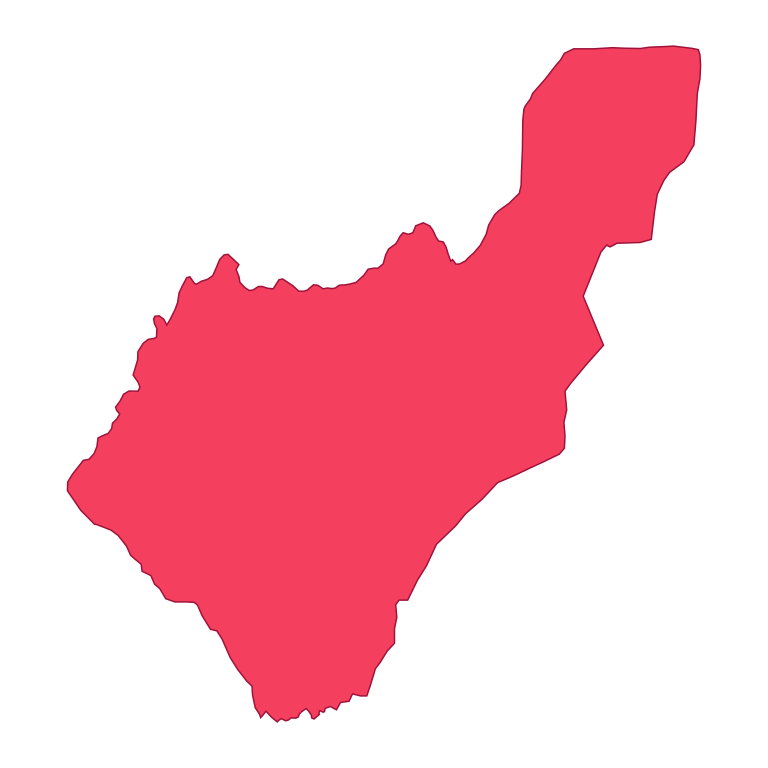 the district of Pynes Town, Sinoe, Liberia
{"feature_id": "62588387B44747363578735", "entity_name": "Pynes Town", "entity_type": "district", "adm_level": 2, "iso_a3": "LBR", "parent_name": "Liberia", "parent_adm1": "Sinoe", "projection": "natural_earth1", "projection_center": [-8.563, 5.57], "detail": "fine", "context": "isolated", "style": "filled", "palette": "rose", "viewbox_px": 768, "rotation_deg": 0, "n_neighbors": 0, "source": "geoboundaries", "source_scale": "gbopen_adm2", "svg_char_len": 3394}
<svg xmlns="http://www.w3.org/2000/svg" viewBox="0 0 768 768"><path d="M698.3,49.6L696.5,49.3L692.3,48.4L673.6,46.1L663.9,46.6L649.5,47.2L640.4,48.5L624.0,48.2L612.3,47.7L593.8,48.8L573.7,48.8L570.0,50.6L564.4,53.3L560.6,59.9L558.8,62.0L556.7,64.3L544.9,79.5L532.7,93.3L530.5,98.8L525.0,106.4L523.9,109.3L522.9,119.3L522.8,120.8L522.4,150.2L521.6,169.7L521.5,170.6L521.1,185.4L519.3,193.3L509.2,203.2L498.9,210.6L494.8,214.5L488.7,225.0L487.9,227.9L486.2,234.2L480.3,245.3L473.9,252.8L468.3,257.9L465.2,261.1L459.4,264.0L455.9,264.1L452.5,259.6L450.8,261.2L448.2,254.1L446.0,246.9L443.2,241.9L438.6,241.0L436.0,237.1L433.0,230.5L429.9,226.0L423.3,222.8L415.7,225.8L412.9,232.7L408.3,234.3L403.2,232.7L400.1,236.1L397.4,241.4L395.5,244.0L388.6,249.0L385.7,254.8L383.2,263.8L377.8,268.3L374.5,268.1L368.1,269.2L364.0,275.1L356.1,282.4L349.6,284.1L345.0,284.9L339.3,285.2L335.4,288.0L332.2,288.6L327.5,288.0L323.1,288.8L317.8,285.3L313.5,284.8L307.4,290.0L304.1,291.2L298.7,291.1L294.9,287.6L293.0,285.8L282.7,279.0L279.0,279.7L273.2,288.8L267.9,288.3L262.2,286.5L258.4,286.5L253.0,290.0L249.4,290.5L245.0,287.7L239.9,282.3L239.0,276.8L236.1,269.4L237.4,267.3L238.9,264.6L228.0,254.3L224.1,254.9L219.8,259.3L215.8,268.8L212.7,275.7L207.2,279.5L201.7,281.1L196.1,284.3L194.3,283.2L189.9,276.8L186.7,277.7L182.3,286.0L179.1,292.8L177.6,302.6L175.1,309.5L170.0,319.6L166.8,325.1L164.0,319.5L159.3,315.9L155.0,316.2L153.6,319.0L154.5,323.7L156.9,328.5L156.5,337.1L153.8,338.5L148.3,339.3L143.2,343.3L137.9,351.7L137.6,360.0L133.1,375.1L138.0,382.0L140.0,387.1L138.0,391.2L129.0,391.0L123.6,394.2L120.0,401.2L115.6,407.1L116.7,410.5L119.7,413.9L116.8,419.0L112.5,423.2L111.6,428.7L108.2,433.4L102.8,435.6L98.0,438.0L96.9,446.7L94.0,453.7L89.0,459.3L83.4,460.3L72.4,474.3L67.7,482.0L67.4,490.7L74.1,500.5L80.8,510.4L90.7,520.3L94.6,524.3L95.5,524.1L110.8,530.0L118.1,535.4L126.5,546.1L130.6,555.2L134.8,559.0L141.2,564.3L142.1,571.3L150.9,575.6L154.6,584.2L159.7,588.5L165.7,598.7L174.9,601.9L186.0,601.9L194.3,602.4L197.5,605.1L202.2,615.9L210.5,629.3L216.9,630.9L222.0,638.9L230.3,657.7L237.7,669.5L246.9,681.3L252.0,686.1L252.5,694.7L255.2,707.6L259.4,714.0L260.7,717.6L263.1,714.9L265.9,711.3L266.8,712.1L271.9,717.6L277.3,721.9L279.4,719.8L281.5,718.7L285.7,720.8L288.5,720.0L291.1,717.9L294.1,718.1L296.0,718.1L298.3,717.0L299.3,714.1L301.4,711.9L306.1,708.6L308.4,710.8L311.4,715.2L311.7,717.9L314.0,719.0L319.4,714.4L318.9,712.5L319.9,710.6L323.1,712.2L324.5,711.6L325.1,708.4L330.3,706.5L336.5,709.8L340.5,702.5L349.1,701.2L352.5,693.9L360.5,695.9L366.8,695.9L369.4,688.2L370.2,685.9L375.4,668.7L380.2,662.4L387.1,651.2L394.5,643.2L394.5,628.6L396.8,617.4L395.7,604.8L399.1,600.1L407.7,600.1L417.4,580.3L426.5,565.7L432.0,553.9L436.5,544.2L437.6,543.2L455.9,525.6L465.6,513.7L482.2,499.1L497.6,482.6L514.7,475.3L531.3,467.4L545.6,460.8L558.3,454.6L559.3,454.2L564.4,448.2L565.0,435.6L563.9,422.4L566.7,409.8L565.0,391.2L570.2,383.9L585.6,365.4L586.5,364.4L603.5,345.2L583.2,296.2L600.9,252.1L606.7,245.0L607.9,245.9L608.5,246.2L610.2,246.9L615.0,244.3L617.0,243.2L621.3,243.1L640.1,242.5L651.3,239.4L652.8,226.4L654.5,212.1L654.6,211.1L655.3,206.9L655.9,203.0L657.3,194.2L663.9,180.4L669.5,172.4L673.4,169.5L684.0,161.7L690.6,150.4L693.9,144.9L694.3,140.1L695.9,121.1L697.3,93.5L699.9,79.0L700.4,69.6L700.6,65.2L699.9,54.5L698.3,49.6Z" fill="#f43f5e" stroke="#9f1239" stroke-width="1.5"/></svg>